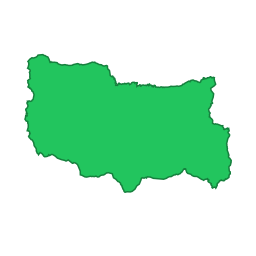 Arefu, Arges, Romania, rotated 276°
{"feature_id": "2599482B67158814098858", "entity_name": "Arefu", "entity_type": "district", "adm_level": 2, "iso_a3": "ROU", "parent_name": "Romania", "parent_adm1": "Arges", "projection": "robinson", "projection_center": [24.656, 45.456], "detail": "fine", "context": "isolated", "style": "filled", "palette": "green", "viewbox_px": 256, "rotation_deg": 276, "n_neighbors": 0, "source": "geoboundaries", "source_scale": "gbopen_adm2", "svg_char_len": 5841}
<svg xmlns="http://www.w3.org/2000/svg" viewBox="0 0 256 256"><g transform="rotate(276 128 128)"><path d="M106.6,234.0L108.7,232.2L108.9,231.5L109.7,230.9L111.2,231.2L111.7,230.7L112.1,231.0L116.5,228.9L118.2,229.0L118.9,228.6L119.8,228.6L120.3,228.2L122.1,228.0L122.6,227.7L128.1,228.4L130.7,229.7L131.8,229.8L133.9,227.9L134.8,228.0L135.7,228.9L137.9,228.2L137.5,227.8L137.9,227.6L137.6,227.1L138.2,226.8L136.3,223.8L136.8,224.1L136.6,223.5L136.8,223.3L137.4,223.5L139.2,222.0L140.2,222.0L140.0,220.7L141.2,216.4L141.0,215.6L141.3,214.7L140.8,213.8L141.5,211.6L144.5,211.4L145.8,210.3L146.8,208.8L147.4,208.5L147.6,207.7L148.7,207.9L149.9,207.6L150.6,207.7L151.1,208.1L151.7,208.0L152.7,206.9L155.2,206.2L156.0,206.6L156.2,207.0L159.2,208.3L160.5,207.8L161.1,209.1L161.6,209.5L162.8,208.7L163.7,208.6L167.6,209.5L171.0,209.6L174.0,206.7L176.1,206.1L179.1,209.5L180.7,210.6L183.9,209.1L186.3,208.5L187.0,208.6L187.0,208.2L187.3,208.0L187.3,207.3L186.8,206.7L186.7,206.0L187.6,205.0L187.6,204.6L186.5,203.3L186.3,201.8L185.4,201.1L185.5,200.3L184.9,199.4L185.9,198.5L185.9,197.8L185.4,197.6L185.2,198.1L184.4,198.0L184.4,197.6L183.2,195.7L181.6,195.5L180.7,194.7L181.1,193.3L181.1,192.5L181.5,192.1L181.9,190.8L181.9,189.2L182.5,188.0L182.3,186.7L181.9,186.1L181.9,185.6L180.5,184.8L181.1,183.9L181.0,183.6L178.3,179.7L177.4,178.9L177.2,177.8L175.9,177.1L174.7,174.0L174.9,172.4L174.4,170.9L174.0,168.3L174.0,166.3L173.4,165.3L172.8,163.5L172.5,160.3L172.1,159.8L172.4,159.2L171.9,158.4L172.4,157.6L172.3,156.4L171.6,155.3L171.8,153.6L171.5,153.0L171.7,152.3L171.5,151.4L173.0,150.6L173.2,149.7L171.8,149.2L171.5,148.8L172.5,148.2L172.0,147.5L172.9,147.0L173.0,145.6L174.0,144.7L173.8,144.4L172.8,144.7L172.2,144.2L172.5,143.6L173.1,143.3L173.3,142.8L172.3,142.1L172.0,141.7L172.4,140.9L172.1,139.6L172.4,138.6L171.9,137.3L170.9,136.4L171.0,136.1L172.0,135.9L172.2,135.2L171.3,134.4L170.9,133.2L170.3,132.5L171.4,132.4L172.1,131.9L173.0,132.5L174.0,132.4L173.8,130.6L173.3,130.1L174.0,129.8L174.1,129.4L173.9,127.9L173.4,127.0L172.1,126.2L171.3,125.0L172.6,124.3L172.7,123.8L172.1,122.1L171.5,121.5L172.0,120.5L172.0,119.8L171.4,119.5L171.3,117.6L170.7,117.1L170.7,116.6L171.1,115.8L170.9,115.1L171.6,114.7L171.6,114.2L170.0,113.2L169.5,113.3L169.2,112.9L169.3,111.8L169.1,111.4L169.3,111.2L171.1,111.8L171.4,111.5L171.6,110.6L172.2,111.0L173.0,110.9L173.4,110.5L175.6,109.7L175.3,109.0L176.8,108.7L177.0,107.8L177.8,107.6L178.0,107.2L177.4,106.4L178.3,104.9L183.1,103.6L183.5,103.3L184.3,102.0L186.0,101.2L187.4,101.1L187.7,100.7L187.9,100.0L187.1,97.8L187.3,96.4L188.1,94.9L188.1,92.6L188.9,90.8L189.3,89.0L189.5,88.4L190.0,88.1L189.6,86.9L189.8,85.9L189.5,85.0L188.5,83.5L188.5,82.8L188.0,82.4L186.9,79.6L186.0,76.4L186.4,74.7L185.9,73.2L186.4,72.8L186.8,71.3L185.3,66.8L184.6,66.2L184.1,63.8L184.0,61.8L184.3,60.7L184.1,60.3L184.4,59.1L184.3,57.8L183.8,56.7L183.9,56.0L183.6,55.8L184.4,52.0L185.6,50.6L185.7,47.8L185.5,46.6L185.6,46.2L185.3,45.6L185.5,44.8L185.3,44.5L185.7,44.4L185.2,43.6L188.2,42.2L190.2,40.9L190.9,38.6L191.4,37.9L191.4,36.7L192.1,35.7L191.1,30.9L189.9,30.3L188.9,29.3L187.7,26.7L187.8,25.1L186.2,23.2L183.7,21.5L183.0,22.2L181.0,22.7L177.8,22.3L177.0,21.9L175.8,24.1L175.2,24.6L174.4,24.8L173.1,24.1L172.4,24.5L170.4,24.9L168.2,25.0L167.0,25.7L164.7,23.3L163.4,23.8L163.1,23.6L162.4,23.8L161.0,24.8L159.6,24.7L158.4,24.2L158.0,25.0L158.1,25.5L157.5,25.8L157.7,26.1L157.2,26.5L157.2,26.8L156.7,26.9L156.6,27.5L155.9,28.2L154.8,28.4L154.6,29.1L154.1,29.7L151.3,31.1L146.4,30.6L145.8,29.8L144.8,29.4L144.3,28.5L144.6,27.0L144.1,25.2L143.3,25.7L142.6,24.9L142.1,24.9L140.1,26.1L139.0,26.2L137.1,25.4L136.1,24.4L135.2,24.5L133.2,25.5L131.9,25.4L132.2,25.9L132.0,26.3L131.2,25.9L129.6,26.5L129.4,26.2L129.6,25.0L127.2,24.9L126.0,24.6L124.3,26.0L124.0,27.6L122.3,27.8L121.6,28.3L119.8,28.6L118.1,28.7L115.0,28.1L115.1,28.4L114.5,29.0L114.8,29.5L114.3,30.2L112.4,31.1L112.1,30.7L111.4,30.9L110.1,30.5L109.4,30.0L108.1,30.8L107.7,31.5L106.3,32.9L106.1,34.0L105.3,34.6L103.4,35.8L100.6,36.5L98.1,38.7L97.5,39.0L95.6,39.2L93.3,40.5L93.1,41.3L92.1,41.8L94.4,43.2L93.6,45.0L92.7,46.0L91.2,47.2L90.7,48.2L91.2,50.3L91.7,51.4L93.1,52.0L92.4,52.9L93.7,54.7L93.7,56.0L92.3,58.8L90.7,60.9L89.6,65.0L89.2,68.3L88.7,69.7L88.9,70.4L90.0,71.9L87.1,76.4L87.3,77.2L87.9,77.7L87.7,79.3L87.1,80.6L86.1,81.8L80.2,85.0L76.4,85.5L76.2,87.0L74.9,90.2L74.9,92.1L76.1,95.7L75.9,97.0L76.2,97.9L76.1,99.5L76.8,101.2L76.1,102.9L76.3,103.3L76.3,104.1L78.0,105.8L78.6,107.6L78.6,108.2L79.2,109.4L81.2,111.5L81.2,112.3L81.5,113.0L80.9,117.1L77.0,118.8L75.8,121.3L73.7,123.6L73.6,124.5L72.3,126.4L71.4,126.5L70.6,127.1L70.2,127.9L69.3,128.1L66.6,129.5L65.9,130.2L64.6,130.7L63.9,131.5L63.9,132.1L64.5,133.6L64.7,137.0L65.4,138.7L67.9,141.3L71.4,142.8L73.4,145.1L78.0,146.4L79.1,146.4L80.0,147.3L79.8,148.1L80.0,149.9L80.5,150.3L80.8,151.2L80.3,151.7L81.1,152.1L81.6,152.7L81.4,153.9L81.6,155.1L80.6,158.4L80.8,168.8L82.0,171.5L83.2,172.9L83.9,174.2L84.2,176.1L86.2,178.7L86.2,179.7L87.1,180.7L86.8,182.5L87.9,184.1L88.1,184.7L89.5,185.6L89.8,186.2L92.7,187.6L93.4,188.2L93.4,188.9L92.9,188.6L92.9,189.1L93.2,189.6L90.1,191.0L89.1,192.2L88.6,195.3L87.4,196.8L86.8,198.8L87.0,201.6L86.4,203.1L84.8,206.1L84.2,208.3L83.9,208.7L85.1,210.1L85.1,210.8L85.9,212.3L85.0,212.5L84.9,213.2L85.1,213.5L84.7,213.9L83.5,213.1L82.8,213.6L81.4,216.6L80.3,216.4L78.9,217.8L77.7,217.7L77.1,218.3L78.0,219.6L78.2,220.3L78.0,221.2L77.4,221.6L78.5,222.1L79.2,222.1L79.8,222.6L80.7,222.7L81.4,222.4L82.4,222.8L83.2,223.8L85.0,224.6L85.6,225.4L85.4,225.7L86.0,226.3L85.6,227.0L85.6,227.8L85.9,228.3L85.5,228.9L86.4,229.8L87.4,230.2L87.2,230.5L87.6,231.5L89.4,233.5L91.8,233.5L93.2,234.2L93.2,234.5L95.1,234.2L95.6,233.4L96.0,233.2L99.7,232.4L100.5,232.6L101.7,233.7L103.9,234.0L104.1,233.8L104.5,234.1L106.6,234.0Z" fill="#22c55e" stroke="#15803d" stroke-width="1.5"/></g></svg>